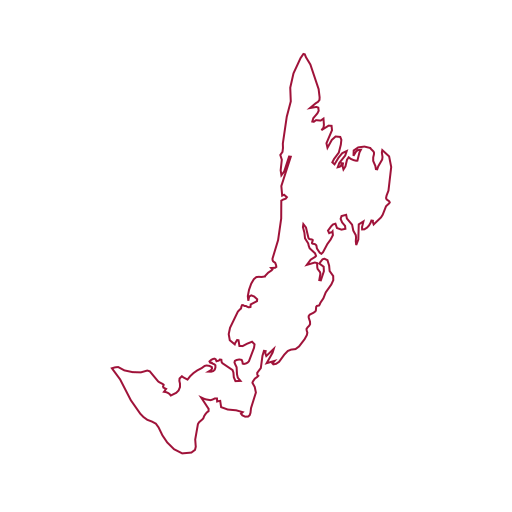 Prince Edward Island, Equal Earth projection, rotated 280°
{"feature_id": "CAN-687", "entity_name": "Prince Edward Island", "entity_type": "Province", "adm_level": 1, "iso_a3": "CAN", "parent_name": "Canada", "parent_adm1": "", "projection": "equal_earth", "projection_center": [-63.312, 46.509], "detail": "fine", "context": "isolated", "style": "outline", "palette": "rose", "viewbox_px": 512, "rotation_deg": 280, "n_neighbors": 0, "source": "natural_earth", "source_scale": "10m", "svg_char_len": 5535}
<svg xmlns="http://www.w3.org/2000/svg" viewBox="0 0 512 512"><g transform="rotate(280 256 256)"><path d="M458.6,265.5L463.2,267.6L463.1,269.0L460.4,270.7L454.0,276.3L431.2,288.7L423.3,291.1L420.7,291.4L418.6,290.3L416.8,288.3L411.1,283.5L413.3,289.6L412.9,291.6L409.9,292.5L407.2,291.7L401.7,288.5L398.2,288.1L398.2,289.6L400.2,291.5L400.6,296.2L403.0,298.6L397.0,300.1L394.1,300.2L391.3,298.6L397.0,304.9L397.3,307.8L393.1,309.0L379.3,305.8L375.0,307.6L383.5,310.5L387.5,313.6L387.9,318.3L385.2,319.9L380.3,320.2L372.2,319.6L365.1,316.0L361.5,314.9L359.9,317.4L367.2,320.2L372.3,323.1L375.1,327.1L370.4,326.4L362.1,321.9L357.6,321.1L358.4,322.9L359.3,323.8L360.5,324.2L362.3,324.1L362.3,325.6L360.6,325.5L359.2,325.8L356.4,327.1L359.7,328.5L366.6,328.9L369.3,330.1L368.1,332.4L367.4,335.4L367.2,338.1L367.5,339.3L376.0,339.9L378.8,340.8L377.9,337.8L376.2,336.4L371.6,334.6L376.9,333.9L380.7,337.8L382.6,343.8L382.2,349.8L381.9,349.9L379.3,353.6L378.2,354.3L376.6,354.5L373.5,354.3L370.0,354.9L365.4,357.9L362.4,359.0L362.4,360.3L365.5,360.8L372.9,363.5L375.4,363.4L379.7,362.0L382.2,362.0L377.2,369.8L367.1,373.7L343.4,375.1L338.2,374.1L335.7,374.0L334.4,374.8L333.0,377.7L332.0,378.4L331.0,378.0L328.4,376.0L327.5,375.4L318.6,373.6L315.7,372.4L307.5,366.4L309.9,365.1L311.0,365.0L311.0,363.5L308.4,363.0L305.7,362.0L303.2,360.4L301.1,358.1L300.6,355.9L302.9,355.4L308.7,355.8L305.0,351.7L290.0,353.9L284.2,352.8L287.9,351.7L291.7,351.3L293.9,350.6L297.9,347.4L303.5,345.2L308.7,339.0L312.2,337.6L310.2,333.3L307.2,332.9L304.0,335.0L301.1,338.5L298.3,339.3L296.8,335.6L297.6,330.9L301.6,328.6L300.4,326.3L298.4,324.9L293.5,322.5L291.2,324.1L292.0,325.2L292.3,326.0L292.6,326.6L293.5,327.1L289.9,328.1L285.1,326.6L280.2,324.2L271.3,321.3L269.5,320.0L270.3,318.2L273.5,315.1L274.4,314.5L276.2,313.9L277.0,313.5L277.8,312.3L278.0,311.1L277.9,309.9L278.2,309.0L279.0,308.8L281.0,309.2L281.7,309.0L282.0,308.0L281.9,306.7L282.0,305.5L282.9,304.5L292.7,300.3L295.6,297.1L292.6,297.2L287.4,299.6L281.9,301.2L277.5,305.2L275.3,306.1L272.9,307.5L268.9,313.7L266.5,315.1L265.5,314.5L261.9,310.5L256.1,307.6L259.8,315.1L259.6,317.4L255.5,318.3L254.0,318.9L251.3,321.8L249.7,322.5L243.3,322.5L243.3,324.1L252.8,325.5L257.2,324.5L259.6,319.6L264.3,322.1L265.2,323.8L264.3,327.1L259.2,329.7L254.0,331.1L249.7,335.5L245.6,336.3L241.0,335.1L232.3,331.0L226.0,329.7L221.3,327.6L219.2,327.1L218.2,326.7L217.4,324.6L216.4,324.1L212.7,324.4L211.8,324.1L210.1,322.5L207.6,319.1L205.9,318.3L204.4,318.6L200.7,320.6L198.3,321.1L196.6,320.5L194.7,319.2L192.9,318.4L191.3,318.9L189.4,319.9L186.9,319.8L182.5,318.3L174.4,314.1L171.2,311.1L169.9,306.8L168.0,303.8L163.8,301.0L155.8,297.1L153.3,294.5L152.3,291.9L153.1,290.8L155.9,292.5L152.3,285.1L163.6,289.1L167.6,289.6L159.3,283.5L161.4,282.3L162.6,281.9L164.0,282.0L164.0,280.3L158.9,279.7L146.5,280.2L141.2,277.5L139.6,277.8L138.5,278.5L138.3,279.0L137.1,278.2L135.5,276.6L134.9,276.1L131.8,274.7L130.5,274.5L126.8,277.5L121.5,279.6L105.3,277.5L100.6,277.8L98.1,277.4L96.5,276.1L95.9,273.2L96.7,270.2L98.1,268.6L99.9,270.0L100.6,263.3L99.9,254.8L101.1,247.9L107.1,245.9L106.4,243.8L106.0,243.0L108.9,242.3L108.6,240.3L107.0,238.0L106.1,236.2L106.1,231.6L106.4,229.5L107.2,226.5L97.2,235.9L94.9,236.2L93.5,234.8L91.4,233.6L89.2,232.7L87.3,232.4L86.1,231.8L82.4,228.8L80.4,228.0L64.7,228.0L57.7,229.8L54.5,229.6L51.2,226.5L48.8,217.6L51.5,208.8L57.0,200.9L63.1,195.0L70.3,189.8L73.5,186.5L74.9,182.2L75.8,177.4L77.9,173.1L80.6,169.4L92.2,157.8L110.9,143.6L120.4,133.6L121.8,136.4L122.3,138.0L122.7,139.6L120.5,146.2L120.2,154.6L121.4,162.8L124.3,168.8L124.0,171.4L115.5,181.4L114.9,182.7L113.8,186.2L113.2,187.4L112.5,187.4L111.4,187.1L110.3,187.7L109.5,190.5L108.8,190.1L107.0,189.4L106.3,189.0L106.3,191.3L105.8,193.2L105.1,194.8L103.8,196.3L107.4,201.2L110.1,203.1L113.7,203.9L117.1,203.3L119.7,202.2L122.1,202.0L124.7,203.9L123.9,205.4L122.4,210.0L126.3,212.1L129.9,214.8L133.2,218.1L136.2,222.0L138.8,224.5L139.6,226.3L139.7,229.3L138.9,231.8L137.5,232.3L135.7,231.4L133.9,229.3L134.3,232.0L135.3,233.9L136.9,235.1L139.1,235.4L141.3,235.0L142.1,233.9L142.3,232.5L143.2,230.9L142.8,230.6L143.1,229.2L144.1,228.5L146.1,230.1L147.2,231.7L147.7,233.0L147.3,234.2L145.5,235.4L146.0,236.3L146.3,237.1L146.8,237.8L147.8,238.4L147.8,239.9L145.7,240.5L144.6,241.5L139.6,252.7L137.3,254.0L132.7,255.2L129.2,257.5L130.3,262.4L133.0,259.2L136.0,257.9L143.1,256.2L145.9,254.2L147.4,253.3L149.0,253.4L150.2,254.9L151.2,257.5L151.2,259.9L149.5,261.0L147.7,261.6L147.6,262.9L148.4,264.7L149.5,266.2L151.1,267.3L165.3,270.0L168.8,269.9L170.9,267.0L168.1,262.5L165.0,258.5L164.5,255.3L170.0,253.4L170.0,252.0L166.6,250.6L165.3,250.4L168.5,244.8L174.3,242.7L180.8,242.9L198.1,247.8L200.8,249.6L201.4,250.2L202.1,250.4L203.7,250.4L205.2,250.8L205.4,251.7L205.0,252.7L204.8,253.4L205.0,254.8L204.5,256.2L204.2,257.7L204.8,259.4L207.4,259.2L211.7,264.8L213.6,264.7L215.8,261.2L216.4,258.2L214.9,256.3L210.6,256.2L215.1,254.9L221.5,255.0L228.0,256.1L232.8,257.9L235.3,260.0L236.0,262.4L236.3,265.1L237.4,268.4L237.9,268.4L241.7,270.9L244.5,273.8L245.6,274.5L246.8,273.0L247.7,276.8L248.8,277.9L250.4,277.4L252.6,276.1L252.9,275.6L253.2,274.8L253.7,273.8L254.9,273.0L256.2,272.7L275.5,275.0L297.3,274.3L314.9,271.3L316.2,272.8L317.6,275.3L319.3,276.2L321.2,273.0L320.0,271.3L329.3,268.8L359.8,273.0L359.7,271.3L344.2,269.1L339.9,267.0L344.7,265.4L355.3,264.7L359.7,262.4L363.1,264.0L367.1,263.8L371.4,262.9L398.5,262.1L414.3,263.4L427.7,260.5L442.4,261.2L458.6,265.5Z" fill="none" stroke="#9f1239" stroke-width="2"/></g></svg>